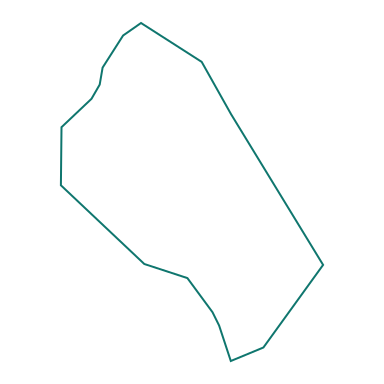 SVG path tracing the border of Braslovce
{"feature_id": "SVN-247", "entity_name": "Braslovce", "entity_type": "Municipality", "adm_level": 1, "iso_a3": "SVN", "parent_name": "Slovenia", "parent_adm1": "", "projection": "albers", "projection_center": [15.021, 46.282], "detail": "fine", "context": "isolated", "style": "outline", "palette": "teal", "viewbox_px": 384, "rotation_deg": 0, "n_neighbors": 0, "source": "natural_earth", "source_scale": "10m", "svg_char_len": 321}
<svg xmlns="http://www.w3.org/2000/svg" viewBox="0 0 384 384"><path d="M144.3,264.0L60.9,185.3L61.5,127.2L91.5,98.8L99.7,84.6L102.6,67.6L123.1,35.5L141.0,23.0L201.7,61.9L231.0,114.1L323.1,264.9L263.4,347.5L230.8,361.0L219.1,325.5L212.5,312.2L187.4,278.1L144.3,264.0Z" fill="none" stroke="#0f766e" stroke-width="2"/></svg>